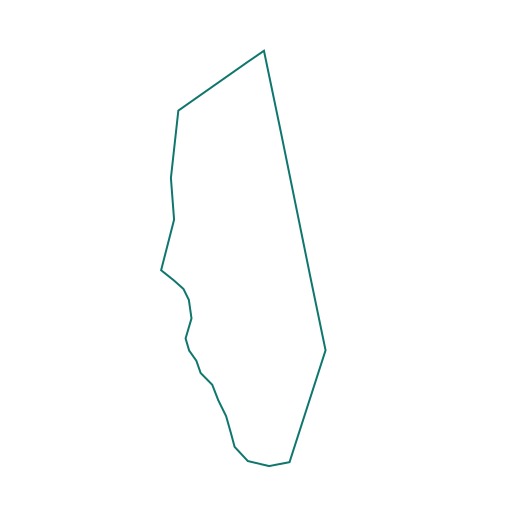 Serra da Raiz, Paraíba, Brazil (Albers equal-area conic projection), rotated 126°
{"feature_id": "56859067B1643562495133", "entity_name": "Serra da Raiz", "entity_type": "district", "adm_level": 2, "iso_a3": "BRA", "parent_name": "Brazil", "parent_adm1": "Paraíba", "projection": "albers", "projection_center": [-35.442, -6.704], "detail": "fine", "context": "isolated", "style": "outline", "palette": "teal", "viewbox_px": 512, "rotation_deg": 126, "n_neighbors": 0, "source": "geoboundaries", "source_scale": "gbopen_adm2", "svg_char_len": 477}
<svg xmlns="http://www.w3.org/2000/svg" viewBox="0 0 512 512"><g transform="rotate(126 256 256)"><path d="M184.0,404.3L242.9,370.7L274.8,343.6L323.3,324.4L324.0,308.3L325.3,295.3L331.0,284.5L344.4,271.5L364.1,264.5L371.8,254.5L375.8,242.7L383.2,232.0L385.9,215.7L394.9,201.7L403.1,186.1L414.1,172.1L423.0,161.1L426.7,142.1L418.3,122.0L403.1,107.7L291.4,144.3L242.2,198.4L141.5,308.3L85.3,370.2L104.4,377.0L184.0,404.3Z" fill="none" stroke="#0f766e" stroke-width="2"/></g></svg>